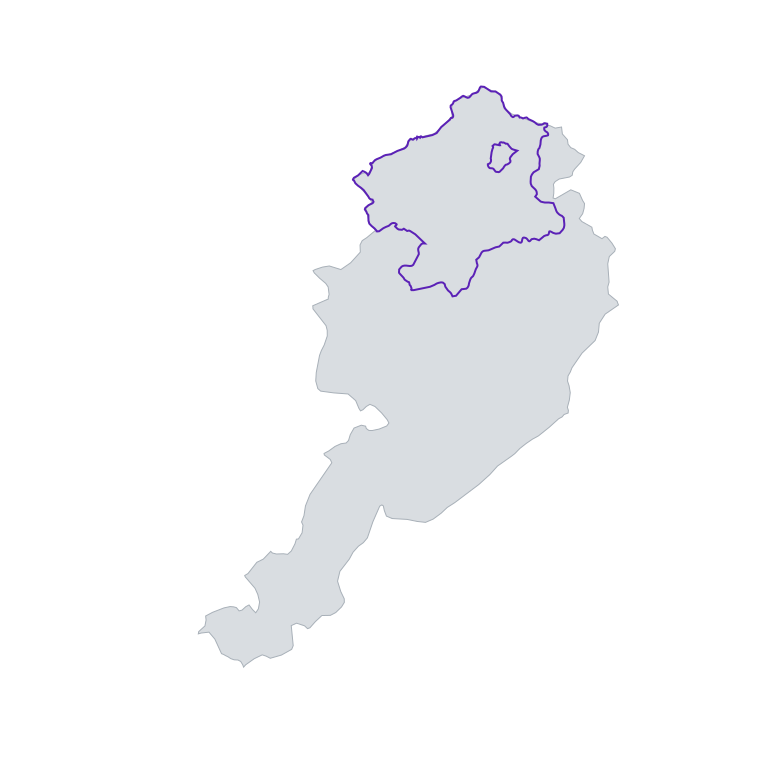 location of Niederösterreich within Austria, rotated 311°
{"feature_id": "AUT-2330", "entity_name": "Niederösterreich", "entity_type": "State", "adm_level": 1, "iso_a3": "AUT", "parent_name": "Austria", "parent_adm1": "", "projection": "mercator", "projection_center": [15.834, 48.226], "detail": "fine", "context": "in_parent", "style": "outline", "palette": "violet", "viewbox_px": 768, "rotation_deg": 311, "n_neighbors": 0, "source": "natural_earth", "source_scale": "10m", "svg_char_len": 8882}
<svg xmlns="http://www.w3.org/2000/svg" viewBox="0 0 768 768"><g transform="rotate(311 384 384)"><path d="M73.9,438.3L80.5,423.7L81.9,414.7L76.1,409.4L73.6,407.8L75.6,406.6L83.9,407.6L89.1,404.6L91.9,401.6L99.2,404.4L110.0,410.1L115.1,413.9L117.2,416.8L118.4,419.3L117.7,423.5L120.2,425.2L125.3,425.8L128.7,427.1L127.5,432.7L127.2,437.3L131.9,436.7L137.8,433.2L142.4,426.8L145.2,420.7L147.4,405.8L148.1,404.5L151.7,405.7L166.0,405.0L172.7,407.8L183.4,408.3L183.2,410.6L185.1,414.3L189.9,419.5L192.2,423.0L197.2,423.6L204.9,421.7L209.4,419.7L211.0,421.1L218.0,419.8L224.3,415.5L225.8,412.3L232.1,410.0L240.5,404.7L252.2,400.6L290.3,396.3L291.8,393.0L291.3,385.5L292.3,384.3L297.1,386.2L304.8,388.0L310.7,390.7L314.6,394.1L318.1,394.3L323.6,391.8L331.1,390.3L338.0,393.9L340.1,397.8L338.8,399.8L339.0,403.0L341.1,405.6L346.8,409.9L354.1,413.6L357.8,413.3L359.2,409.7L360.6,401.2L361.1,392.0L359.4,386.7L355.5,385.4L350.8,385.0L348.3,383.9L349.2,381.0L352.9,373.5L352.9,363.4L344.4,352.0L337.1,340.9L337.1,337.1L341.5,330.5L348.3,325.3L363.3,316.6L368.1,314.8L374.2,313.3L383.0,309.7L387.2,306.0L390.0,302.0L394.1,281.1L395.1,280.2L396.3,278.9L411.6,286.2L413.0,285.0L415.6,283.8L420.6,278.2L421.7,274.0L421.6,266.0L422.1,258.5L423.0,256.1L425.3,257.0L431.9,260.9L437.2,265.3L442.1,276.4L453.6,279.3L468.0,279.6L473.2,274.7L477.9,273.5L483.2,275.0L494.4,276.8L495.6,267.8L502.1,258.5L505.0,255.2L513.2,255.5L515.3,248.6L517.3,229.2L519.0,227.1L525.0,227.5L530.9,231.0L532.7,233.9L535.8,233.7L540.1,231.7L544.9,230.5L552.4,232.5L568.4,241.3L576.6,244.5L581.8,243.9L586.7,244.0L605.6,257.6L618.8,259.5L630.9,259.6L634.8,255.5L639.9,252.0L645.2,252.5L649.9,254.3L659.0,260.1L663.2,261.6L668.8,262.6L672.9,263.9L676.6,274.1L678.6,276.8L678.3,278.1L677.8,282.7L674.6,288.6L671.2,296.2L671.5,302.9L680.2,326.0L687.9,340.0L689.4,345.3L694.4,349.4L689.7,354.6L688.7,362.2L685.7,365.6L684.9,369.9L686.2,373.9L686.1,378.8L687.8,385.6L680.3,387.1L671.2,386.9L668.0,387.3L665.0,389.1L661.9,388.2L653.7,381.8L649.1,380.4L645.9,380.8L643.4,383.6L639.2,387.1L635.3,389.6L636.2,391.8L653.1,397.6L656.1,406.4L652.8,413.5L651.7,417.0L647.8,419.8L642.9,422.2L637.0,422.8L636.4,426.7L638.7,438.0L636.8,440.4L634.9,444.0L636.7,453.2L640.3,453.9L641.1,456.0L640.5,459.8L639.8,463.8L638.5,468.0L637.9,469.9L635.5,471.1L628.0,470.4L621.5,474.0L608.6,487.0L604.0,489.2L599.1,494.4L599.4,505.7L598.7,506.7L597.5,509.1L582.0,505.1L581.5,505.1L571.1,506.6L563.9,511.8L555.3,514.8L537.2,513.2L519.6,515.2L515.4,516.7L510.8,517.6L506.6,520.6L504.1,524.8L499.7,530.2L493.5,534.4L486.7,537.7L485.1,540.4L482.9,542.0L479.1,539.9L476.0,540.0L472.3,538.6L459.9,537.1L446.2,534.6L439.7,532.2L432.3,530.3L424.4,528.8L417.2,528.4L413.7,527.7L396.6,523.5L385.3,523.3L370.4,521.5L340.8,515.2L332.2,512.7L324.0,511.9L314.2,509.7L306.8,506.1L302.1,499.3L297.0,490.3L287.8,478.4L285.9,472.5L288.7,467.3L291.6,463.4L291.3,461.7L289.0,460.9L272.7,466.0L257.0,472.4L250.7,472.5L244.7,471.1L236.7,471.0L229.1,472.7L213.7,473.6L204.7,478.3L199.0,487.5L195.8,494.9L193.2,497.3L187.9,498.2L179.8,497.5L174.2,495.3L168.5,489.0L159.6,488.1L151.4,488.0L149.2,486.8L149.4,482.7L146.1,474.9L140.8,472.5L127.0,487.1L123.2,488.4L112.1,484.4L102.4,478.1L101.3,473.6L99.7,469.8L91.6,466.3L81.4,463.8L78.2,463.8L79.4,461.6L80.6,457.9L79.9,454.9L77.5,451.8L76.2,448.5L75.8,445.3L75.1,442.7L74.6,440.2L73.9,438.3Z" fill="#d9dde1" stroke="#a8b0b8" stroke-width="1"/><path d="M519.9,226.0L524.4,227.6L530.7,228.1L531.3,229.8L531.7,231.5L531.6,233.2L531.1,235.0L532.7,235.0L538.9,233.3L539.3,233.1L540.5,231.7L540.7,231.1L540.9,229.4L541.3,228.9L541.9,228.9L542.3,229.4L542.6,230.0L543.1,230.3L546.9,230.3L548.7,230.9L552.6,232.9L556.2,234.1L558.0,235.1L562.0,238.6L563.9,239.3L568.7,241.2L575.0,244.8L576.9,245.2L578.7,245.2L580.1,244.8L583.0,243.2L583.7,243.1L586.2,243.1L586.7,243.4L587.0,244.9L587.4,245.6L588.0,245.8L589.5,245.9L590.4,246.6L591.0,246.9L591.7,246.8L590.9,247.9L591.9,247.7L592.8,247.7L593.4,248.3L593.5,249.6L594.9,249.2L595.3,249.7L595.3,250.6L595.4,251.2L603.6,257.2L607.9,259.1L615.5,258.6L626.8,260.3L626.9,260.2L628.6,260.0L629.7,260.9L630.2,261.0L631.4,260.6L632.3,259.8L636.5,252.7L637.9,251.7L640.2,252.1L641.1,252.0L642.5,251.4L643.3,251.3L644.0,251.6L645.4,252.5L650.3,253.9L651.8,254.1L653.4,254.7L654.0,256.2L654.3,258.0L654.9,259.4L656.0,260.2L657.3,260.4L660.4,260.3L661.6,260.7L664.5,262.7L666.0,263.2L667.6,263.0L670.7,261.9L672.1,262.0L674.0,264.7L675.1,272.9L677.9,276.2L678.7,281.9L678.3,283.5L678.1,284.1L676.8,285.5L675.4,286.6L674.8,287.8L674.4,289.4L672.2,292.5L671.4,294.1L671.1,295.9L670.4,302.4L670.1,303.2L669.9,303.6L669.8,304.1L669.8,305.5L670.0,306.2L670.6,306.6L672.3,306.8L672.7,307.1L673.6,307.8L674.4,308.7L674.8,309.7L674.6,310.2L674.3,310.9L674.1,311.5L674.5,311.8L674.7,312.1L675.0,312.7L675.3,313.4L675.4,313.9L675.6,314.7L676.3,315.1L677.0,315.4L677.9,316.2L678.4,316.4L678.7,316.8L678.8,317.3L678.7,318.7L678.7,319.3L680.0,323.7L680.4,325.9L680.4,328.6L680.9,330.5L683.0,332.7L684.1,333.4L685.4,333.6L686.3,334.2L687.5,336.4L686.5,337.5L685.9,337.8L685.2,338.0L684.3,337.8L683.6,337.3L682.7,336.8L682.1,337.1L681.0,338.2L680.7,340.0L680.8,340.9L681.0,341.8L680.9,342.8L680.3,344.0L679.3,344.6L678.1,343.9L675.6,341.9L674.3,341.4L672.6,341.6L670.7,342.5L667.4,344.9L664.0,346.5L663.0,346.4L662.1,346.6L660.4,347.4L658.4,349.0L657.2,352.1L656.4,353.6L655.2,354.7L652.4,356.7L650.8,358.3L647.7,359.9L641.9,358.0L639.1,358.2L636.8,358.9L632.8,362.0L631.5,363.3L630.3,365.7L630.1,370.4L629.8,371.8L629.3,372.9L628.3,374.1L627.4,374.9L624.6,375.2L624.5,382.6L625.2,384.1L626.4,386.2L629.2,389.5L631.6,393.2L628.9,398.4L628.4,399.2L627.6,400.7L627.1,402.1L626.9,404.7L627.1,406.4L627.6,407.9L627.5,409.3L627.4,410.5L623.1,415.1L621.8,416.2L619.8,417.3L617.7,417.7L613.0,417.6L610.2,415.1L609.4,413.4L608.9,412.1L608.8,411.5L608.7,410.7L608.4,409.8L608.2,409.2L607.9,408.9L607.5,408.7L605.6,409.7L604.8,410.0L604.2,409.9L603.6,409.7L602.8,408.9L600.8,407.8L594.2,406.7L593.2,403.9L592.2,402.0L590.1,400.4L588.1,400.4L587.5,400.3L587.0,400.0L586.8,399.2L586.9,398.7L587.2,397.5L587.3,396.6L587.3,395.8L587.2,395.2L587.0,394.8L586.5,393.8L586.1,393.3L585.5,393.0L584.4,393.2L581.7,394.7L580.8,394.7L580.1,394.2L579.4,392.6L579.2,391.2L578.7,387.7L578.3,386.9L577.7,386.3L576.7,386.1L576.0,386.3L575.2,386.3L574.3,386.0L572.7,385.2L571.5,384.4L570.6,383.1L568.9,381.3L563.4,380.8L560.3,378.5L553.5,375.2L550.1,372.1L548.8,371.5L547.2,371.4L542.2,372.6L541.6,372.6L538.3,372.1L536.0,375.0L535.6,375.9L534.8,376.8L533.9,377.3L530.8,378.0L526.6,379.7L524.1,380.4L523.3,380.4L522.0,380.2L520.7,380.2L519.1,380.7L515.8,382.1L513.8,383.3L511.7,383.8L510.0,383.6L507.6,381.5L506.8,380.7L506.4,380.4L497.9,380.5L495.1,378.2L496.4,375.2L496.6,373.8L496.6,370.9L497.7,366.4L499.2,364.3L499.2,362.1L498.7,361.1L497.8,360.1L496.1,358.8L494.3,357.8L491.8,357.0L487.5,354.9L474.4,344.9L472.9,343.2L473.0,342.6L473.6,342.4L474.0,342.2L474.4,341.8L475.5,339.7L475.6,339.3L475.6,338.6L475.7,338.3L475.8,338.1L476.7,337.0L477.2,336.2L477.2,335.8L477.0,335.4L476.8,335.1L476.7,334.6L476.3,331.2L476.5,330.5L476.9,329.5L477.1,328.4L477.6,323.5L477.7,322.7L477.9,322.5L478.0,322.2L478.8,321.5L479.3,321.2L480.4,320.3L484.1,320.3L485.5,320.8L486.7,321.7L487.8,322.9L490.0,326.1L491.4,327.4L493.1,327.9L504.8,325.1L505.9,324.1L507.1,322.4L508.3,321.2L509.8,320.6L513.8,320.4L514.7,320.6L515.7,321.2L516.9,322.7L517.0,320.0L517.5,309.4L516.6,303.3L516.2,302.2L514.7,301.1L514.2,297.1L512.2,296.4L510.3,293.8L510.0,292.5L510.0,291.4L510.1,290.7L510.1,289.6L510.2,289.2L510.3,288.9L510.7,288.9L512.5,289.0L512.8,288.8L512.8,288.3L512.7,287.0L511.9,285.7L510.8,284.7L509.4,284.2L506.5,283.8L503.8,282.4L501.2,281.3L496.1,280.1L494.6,278.7L494.4,278.3L494.8,278.0L495.2,274.8L495.1,271.0L495.4,267.7L497.0,265.2L501.2,261.4L501.7,259.0L502.5,257.6L502.8,256.1L503.3,254.9L504.5,254.4L508.8,255.0L513.0,256.8L514.6,256.6L515.6,254.4L515.4,254.2L515.0,253.4L514.7,252.4L514.5,251.7L514.6,250.8L515.2,249.2L517.0,241.5L517.0,238.1L516.6,234.3L516.7,230.7L517.8,228.1L517.7,227.5L517.7,226.9L517.8,226.5L518.1,226.3L519.9,226.0ZM640.3,314.9L640.0,314.6L637.8,310.7L637.3,310.1L634.8,309.8L634.5,310.8L633.9,311.3L632.5,311.7L629.6,313.1L624.1,316.7L623.7,317.4L622.7,318.3L622.1,318.7L621.0,319.0L619.9,319.1L618.0,318.2L617.3,318.8L616.8,319.6L616.6,320.1L616.3,321.0L616.3,322.1L617.0,323.2L617.6,323.9L618.0,324.7L618.2,325.4L617.5,328.9L618.1,330.1L618.6,330.6L619.0,331.4L619.9,332.0L624.9,332.4L627.1,332.0L629.2,332.0L630.3,332.8L631.8,333.4L632.6,333.6L634.4,333.7L635.3,333.1L635.7,332.6L635.9,332.0L636.2,331.6L636.8,331.0L638.1,330.6L641.9,330.4L647.5,331.5L645.8,327.8L645.2,326.0L645.6,322.7L646.2,320.1L646.3,319.8L646.2,319.5L646.0,319.0L645.3,318.4L645.0,316.8L644.8,315.9L643.9,315.0L643.5,314.0L642.6,313.2L641.1,313.4L640.6,314.3L640.3,314.9L640.3,314.9Z" fill="none" stroke="#5b21b6" stroke-width="2"/></g></svg>